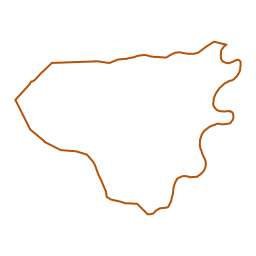 Agard Lands, Castries, Saint Lucia (Robinson projection)
{"feature_id": "8701671B38809130706709", "entity_name": "Agard Lands", "entity_type": "district", "adm_level": 2, "iso_a3": "LCA", "parent_name": "Saint Lucia", "parent_adm1": "Castries", "projection": "robinson", "projection_center": [-60.962, 14.007], "detail": "fine", "context": "isolated", "style": "outline", "palette": "amber", "viewbox_px": 256, "rotation_deg": 0, "n_neighbors": 0, "source": "geoboundaries", "source_scale": "gbopen_adm2", "svg_char_len": 5560}
<svg xmlns="http://www.w3.org/2000/svg" viewBox="0 0 256 256"><path d="M215.0,124.7L215.7,124.3L215.9,124.2L216.1,124.1L217.0,123.7L217.7,123.7L218.8,123.8L219.3,123.8L220.0,124.0L220.8,124.2L221.0,124.2L222.2,124.3L222.8,124.3L223.4,124.3L224.3,124.2L224.8,124.2L225.8,124.1L226.5,124.0L227.2,123.8L228.3,123.6L229.0,123.6L229.3,123.4L229.7,123.3L230.3,123.0L230.7,122.7L231.0,122.2L231.4,121.7L231.7,121.2L232.1,120.7L232.7,119.9L232.7,119.5L233.0,119.0L233.2,118.7L233.4,117.9L233.4,117.1L233.4,116.1L233.4,115.7L233.2,115.0L233.1,114.2L232.9,113.6L232.6,112.8L232.2,112.3L231.0,111.7L230.2,111.5L230.1,111.1L229.0,111.2L227.8,111.1L227.1,111.1L226.3,111.3L225.6,111.4L224.6,111.5L223.9,111.5L223.7,111.5L223.4,111.4L222.6,111.3L221.9,111.3L221.3,111.4L220.6,111.2L220.3,111.2L219.6,111.0L218.9,110.8L218.4,110.7L218.0,110.5L217.5,110.3L216.8,109.9L216.3,109.5L216.0,109.2L215.7,108.8L215.4,108.4L215.0,107.9L214.7,107.6L214.3,106.9L213.8,106.5L213.6,105.9L213.4,105.3L213.1,104.2L213.2,102.8L213.3,102.5L213.6,101.6L213.6,100.7L213.7,99.6L213.7,99.0L213.7,98.3L213.9,98.1L214.2,97.3L214.5,96.5L214.8,96.0L215.2,94.7L215.6,94.0L216.0,93.3L216.3,92.9L216.8,92.1L217.2,91.3L217.5,90.9L217.8,90.6L218.3,89.7L218.6,89.3L219.0,88.9L219.5,88.2L220.0,87.6L220.3,87.4L220.9,86.9L221.5,86.4L222.4,85.4L223.0,84.9L223.9,84.1L224.4,83.7L225.0,83.3L225.9,82.8L226.4,82.5L226.8,82.3L227.7,82.0L228.7,81.2L228.9,81.0L229.9,80.7L230.8,80.7L231.3,80.6L232.0,80.3L232.7,79.9L233.5,79.5L234.0,79.0L234.5,78.6L235.1,77.8L235.8,77.3L236.2,77.0L236.8,76.4L237.4,75.4L238.0,74.5L238.3,73.9L238.7,73.3L239.0,72.8L239.2,72.4L239.4,71.7L239.7,71.0L240.1,70.0L240.2,69.2L240.2,68.8L240.3,67.5L240.4,66.4L240.6,65.2L240.6,64.6L240.6,63.7L240.5,63.3L240.6,62.9L240.6,62.4L240.5,61.7L240.4,61.5L240.2,61.2L239.8,60.8L239.4,60.4L238.7,60.0L238.0,59.8L237.3,59.9L237.1,59.9L236.5,60.1L236.3,60.1L235.8,60.3L235.2,60.5L234.6,60.7L234.1,61.0L233.7,61.3L233.3,61.5L232.9,61.7L232.7,61.8L232.4,61.9L231.9,62.1L231.5,62.3L231.2,62.4L230.7,62.6L230.1,62.7L229.7,62.9L229.4,63.1L229.0,63.2L228.8,63.2L228.3,63.2L228.1,63.2L227.7,63.1L226.8,62.9L226.4,62.9L226.2,62.8L225.8,62.7L225.3,62.6L224.4,62.3L224.0,62.0L223.7,61.9L223.3,61.8L223.0,61.5L222.8,61.4L222.4,61.1L222.0,60.4L221.4,59.4L221.0,58.3L220.9,57.3L220.9,56.2L220.8,55.6L220.8,54.8L220.9,53.9L221.0,53.3L221.0,53.0L220.9,52.6L221.0,52.0L221.0,51.4L221.1,51.1L221.2,50.6L221.7,49.8L222.1,49.0L222.8,48.1L223.3,47.4L223.8,46.6L224.4,46.2L224.7,45.9L225.1,45.6L225.6,45.3L226.1,44.7L214.1,41.7L206.8,46.2L198.2,52.7L193.9,53.8L187.9,53.8L179.3,52.3L175.3,52.7L174.6,53.0L171.3,54.5L166.0,57.6L159.4,57.1L156.4,56.8L156.2,56.9L155.9,57.1L155.0,57.0L153.8,56.8L152.9,56.7L151.8,56.6L151.5,56.6L150.9,56.5L149.4,56.1L149.1,56.0L148.6,55.9L146.8,55.3L145.4,55.1L145.0,55.1L144.5,55.0L143.7,55.0L142.2,55.2L141.5,55.3L140.5,55.4L139.7,55.6L138.3,55.8L137.3,56.0L136.3,56.3L135.5,56.6L134.2,57.1L131.5,57.7L129.1,58.2L127.4,58.5L126.5,58.9L126.1,59.0L125.0,58.8L123.9,58.9L123.1,59.0L121.9,59.2L120.9,59.3L120.1,59.4L119.2,59.4L118.2,59.5L117.7,59.6L117.0,59.8L116.3,60.2L115.7,60.5L113.9,61.1L112.1,61.9L111.8,62.1L111.1,62.4L109.7,62.9L108.9,62.9L108.3,62.9L107.8,62.8L107.1,62.7L105.5,62.5L105.3,62.5L104.8,62.4L103.9,62.2L102.9,62.1L102.5,62.0L101.6,61.9L100.7,61.8L99.7,61.6L98.8,61.5L97.3,61.3L96.3,61.3L95.6,61.2L95.4,61.2L95.3,61.4L53.2,62.9L51.9,62.9L47.3,67.3L40.6,73.7L36.2,78.5L35.7,79.0L34.5,80.2L32.6,81.4L30.9,81.7L30.1,83.7L15.4,99.9L30.1,129.3L31.1,130.2L44.5,141.4L44.5,141.9L60.8,150.1L76.0,151.3L83.0,153.4L86.8,154.6L88.3,156.2L92.9,161.5L95.0,165.2L96.7,170.0L98.5,174.8L99.5,176.9L100.6,179.0L105.9,191.4L106.7,196.9L111.2,199.6L113.8,200.2L120.7,201.7L123.9,202.8L125.2,203.2L137.1,203.8L144.2,210.8L147.7,214.3L150.2,214.2L153.2,213.6L155.8,210.7L159.7,208.4L162.0,208.1L166.7,207.6L168.3,206.8L171.1,201.2L171.5,199.6L171.9,196.9L172.8,194.6L173.2,190.9L173.3,189.7L173.4,188.3L173.7,187.1L173.8,186.5L174.1,185.5L174.3,184.9L174.5,184.5L174.9,183.5L175.0,182.9L175.4,182.1L175.7,181.4L175.9,181.2L176.2,180.4L176.5,180.2L176.6,179.7L176.9,179.3L177.0,179.0L177.4,178.7L177.9,178.4L178.4,178.0L179.2,177.6L179.7,177.4L180.6,177.0L181.2,176.9L182.0,176.4L182.9,176.1L183.8,176.1L184.9,176.0L185.5,176.1L186.2,176.3L187.0,176.3L187.7,176.5L188.5,176.6L189.2,177.0L189.5,177.2L190.3,177.1L191.1,177.2L191.6,177.1L192.3,176.9L193.3,177.0L193.9,177.0L194.5,176.8L195.3,176.9L196.2,176.9L197.3,176.7L198.2,175.9L198.6,175.5L199.2,175.2L199.5,175.1L200.1,174.6L200.4,174.4L201.0,173.6L201.7,173.3L202.2,172.6L202.4,172.4L203.2,171.5L203.7,171.0L203.9,170.7L204.0,170.4L204.2,170.1L204.4,169.5L204.8,168.7L205.1,167.7L205.5,166.9L205.6,165.6L205.8,164.7L205.6,164.3L205.9,163.5L205.8,163.1L205.8,162.0L205.5,161.4L205.3,160.2L205.1,159.6L204.8,159.0L204.3,158.1L204.0,157.6L203.7,156.9L203.6,156.6L203.4,156.2L203.0,155.4L202.7,154.8L202.6,154.5L202.5,154.2L202.2,153.7L202.1,153.0L201.9,152.4L201.6,151.5L201.5,150.9L201.2,150.2L200.8,149.5L200.4,148.2L200.3,147.8L200.1,147.0L199.9,146.6L200.0,145.7L199.9,145.1L199.7,144.7L199.9,143.5L199.9,142.8L199.9,142.4L199.9,142.1L200.0,140.8L200.1,140.3L200.1,139.8L200.3,138.9L200.6,138.1L200.8,137.7L201.0,136.8L201.1,136.4L201.4,135.6L201.8,134.7L201.9,134.3L202.4,133.4L202.8,132.9L203.2,132.3L203.6,131.8L204.2,131.1L204.5,130.6L205.2,130.2L205.9,129.6L206.7,129.0L207.3,128.5L208.0,127.9L208.9,127.4L209.7,126.8L210.2,126.4L210.7,126.2L211.0,126.1L211.3,126.0L211.9,125.8L212.2,125.5L213.0,125.4L213.9,125.1L215.0,124.7Z" fill="none" stroke="#b45309" stroke-width="2"/></svg>